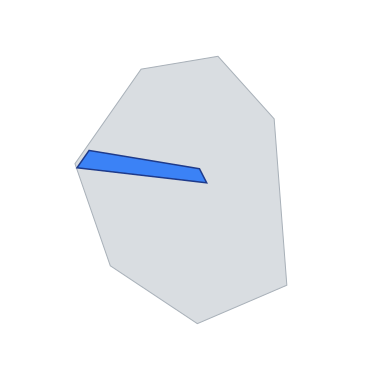 Uaboe on a map of Nauru (Mercator projection), rotated 326°
{"feature_id": "NRU-4975", "entity_name": "Uaboe", "entity_type": "state/province", "adm_level": 1, "iso_a3": "NRU", "parent_name": "Nauru", "parent_adm1": "", "projection": "mercator", "projection_center": [166.924, -0.509], "detail": "fine", "context": "in_parent", "style": "filled", "palette": "blue", "viewbox_px": 384, "rotation_deg": 326, "n_neighbors": 0, "source": "natural_earth", "source_scale": "10m", "svg_char_len": 386}
<svg xmlns="http://www.w3.org/2000/svg" viewBox="0 0 384 384"><g transform="rotate(326 192 192)"><path d="M301.0,177.3L218.5,322.3L122.8,304.1L83.0,207.5L110.8,103.1L218.5,61.7L289.4,94.0L301.0,177.3Z" fill="#d9dde1" stroke="#a8b0b8" stroke-width="1"/><path d="M110.2,107.6L129.9,100.0L211.2,176.9L209.3,192.6L110.2,107.6Z" fill="#3b82f6" stroke="#1e3a8a" stroke-width="1.5"/></g></svg>